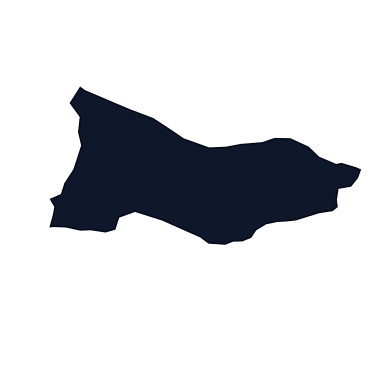 Gagnef, Dalarna, Sweden, rotated 23°
{"feature_id": "70781695B69393603078099", "entity_name": "Gagnef", "entity_type": "district", "adm_level": 2, "iso_a3": "SWE", "parent_name": "Sweden", "parent_adm1": "Dalarna", "projection": "equal_earth", "projection_center": [14.938, 60.467], "detail": "fine", "context": "isolated", "style": "filled", "palette": "ink", "viewbox_px": 384, "rotation_deg": 23, "n_neighbors": 0, "source": "geoboundaries", "source_scale": "gbopen_adm2", "svg_char_len": 861}
<svg xmlns="http://www.w3.org/2000/svg" viewBox="0 0 384 384"><g transform="rotate(23 192 192)"><path d="M48.4,139.5L45.4,157.6L59.9,166.3L64.4,181.1L72.5,192.2L74.7,217.4L71.8,233.9L72.9,245.4L64.8,253.9L71.7,259.0L73.5,266.8L75.2,279.2L78.1,277.6L89.7,273.2L104.1,270.5L113.4,266.1L127.9,262.4L135.4,256.3L134.2,243.8L147.0,231.9L175.9,229.2L217.5,229.9L227.3,232.3L242.9,226.9L248.7,221.1L257.4,217.1L259.1,215.3L263.7,210.7L265.4,201.9L272.4,192.2L282.2,185.4L289.1,182.1L298.3,177.0L316.8,161.3L328.3,154.2L331.2,148.9L327.7,142.8L324.8,131.5L335.7,124.5L338.6,114.1L338.2,105.9L332.9,105.9L318.5,107.5L314.0,110.6L295.1,110.6L281.6,105.4L261.7,104.8L247.3,110.6L237.4,119.4L218.5,129.3L205.9,137.7L190.6,145.0L163.5,146.6L144.6,142.9L127.4,139.8L103.1,140.8L76.9,140.8L53.5,140.8L48.4,139.5Z" fill="#0f172a" stroke="#020617" stroke-width="1.5"/></g></svg>